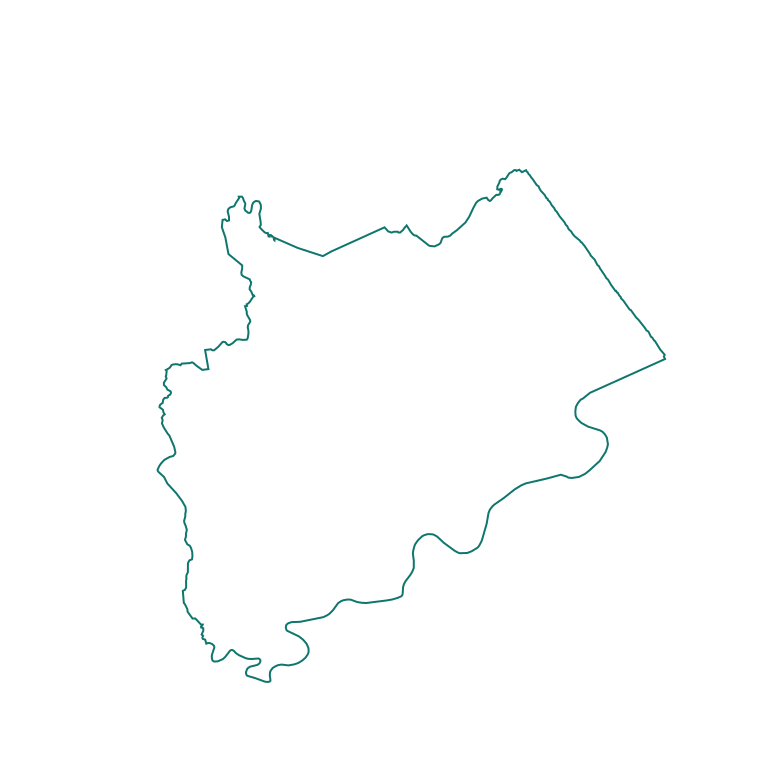 outline of Agua Dulce, Veracruz, Mexico, rotated 67°
{"feature_id": "50627088B60707698432893", "entity_name": "Agua Dulce", "entity_type": "district", "adm_level": 2, "iso_a3": "MEX", "parent_name": "Mexico", "parent_adm1": "Veracruz", "projection": "orthographic", "projection_center": [-94.163, 18.09], "detail": "fine", "context": "isolated", "style": "outline", "palette": "teal", "viewbox_px": 768, "rotation_deg": 67, "n_neighbors": 0, "source": "geoboundaries", "source_scale": "gbopen_adm2", "svg_char_len": 6141}
<svg xmlns="http://www.w3.org/2000/svg" viewBox="0 0 768 768"><g transform="rotate(67 384 384)"><path d="M472.6,197.8L470.8,115.5L468.2,115.7L466.7,114.2L460.1,116.3L450.3,117.8L449.7,118.3L445.9,119.0L445.3,119.6L444.1,119.9L440.0,120.0L438.8,120.3L437.3,121.4L433.5,122.1L423.8,124.8L421.4,125.9L412.4,127.9L411.5,128.8L400.8,131.1L397.9,132.3L396.5,132.1L394.3,132.9L391.3,133.2L391.0,133.7L388.9,134.0L388.8,134.6L381.7,136.2L375.5,137.0L373.1,138.1L371.2,138.2L362.0,140.0L359.6,140.1L357.7,141.1L351.9,141.5L346.6,143.5L344.7,143.6L335.5,145.4L330.9,146.7L330.2,147.4L328.6,147.6L322.5,150.8L319.6,151.7L316.7,152.1L313.8,153.5L310.0,153.7L308.7,154.4L305.5,154.7L298.3,156.8L292.8,157.7L291.1,158.5L288.5,158.6L285.2,159.7L280.8,160.2L278.9,161.2L277.4,161.0L276.3,161.9L272.8,162.2L267.5,164.1L264.9,164.5L262.4,164.5L260.5,165.7L253.0,167.2L251.4,167.8L248.6,168.2L247.5,168.8L245.2,169.1L244.4,169.6L242.7,169.7L242.9,174.3L239.6,175.8L239.6,178.8L238.8,178.9L238.0,180.4L238.9,183.9L238.9,186.2L241.9,190.6L242.8,192.5L241.4,194.5L241.4,196.3L242.0,197.9L243.9,199.3L246.4,202.4L247.5,202.9L249.0,203.7L249.9,202.6L250.0,200.0L250.4,199.5L251.2,199.4L251.6,199.9L251.9,201.4L252.6,201.0L253.9,203.0L254.4,203.3L254.6,204.0L254.5,205.5L253.9,206.1L253.8,206.9L255.6,211.8L256.6,213.5L256.9,215.1L255.2,216.2L252.6,216.7L251.7,221.1L252.2,225.8L253.2,228.4L257.2,233.4L263.4,240.3L267.2,246.0L270.9,256.8L272.2,262.5L273.3,265.1L273.3,267.6L272.0,271.1L272.2,272.6L273.1,273.9L276.2,276.8L276.9,278.6L277.1,283.6L275.0,287.5L274.0,288.6L260.1,296.2L259.1,297.9L257.5,298.9L254.6,299.9L246.9,301.2L248.7,304.9L249.6,306.1L250.9,310.0L250.2,311.6L249.2,311.8L247.7,315.5L247.6,317.8L245.2,320.5L240.0,322.3L241.4,380.5L242.4,390.3L225.1,410.2L206.8,427.5L209.0,428.7L208.6,428.9L206.0,428.4L204.2,429.1L204.2,429.7L202.9,429.8L202.2,431.1L203.6,431.8L203.0,432.6L199.5,432.0L199.2,433.4L197.8,434.6L193.3,436.5L190.8,437.2L189.4,435.2L186.1,434.1L178.7,432.3L174.5,428.8L171.0,427.4L167.3,427.6L165.5,430.2L165.5,431.5L165.9,433.4L167.8,435.5L172.8,438.6L173.9,440.0L174.0,440.9L173.3,442.1L170.2,443.9L167.8,443.9L164.8,441.7L163.3,441.1L161.2,441.4L157.6,441.2L156.0,441.6L154.8,444.5L156.2,444.7L159.4,449.6L161.3,451.8L161.8,452.9L161.3,456.1L161.7,457.9L162.4,459.3L164.1,460.5L169.4,461.3L172.9,462.7L172.6,464.9L170.3,466.0L169.9,468.5L176.3,472.0L187.3,472.8L203.6,476.4L219.4,468.2L222.4,469.5L225.5,471.7L227.9,472.4L230.1,471.3L235.2,466.7L236.5,466.9L238.4,466.5L240.9,468.1L242.2,469.6L244.4,470.7L246.8,470.1L250.8,470.1L251.4,469.2L252.5,469.1L252.7,470.6L255.8,475.2L256.8,477.5L257.0,479.3L258.6,479.6L258.1,481.5L264.0,482.1L265.4,482.8L267.0,483.0L272.8,482.3L274.3,482.7L276.8,486.2L278.6,487.3L281.6,487.9L284.5,489.0L288.6,491.6L289.6,493.0L288.2,496.8L286.3,499.9L285.5,502.4L287.3,507.4L287.7,510.5L287.4,512.0L285.8,513.2L284.5,513.3L283.4,513.9L282.4,515.3L282.3,516.4L285.0,522.0L286.6,527.3L285.9,528.8L284.4,529.8L282.8,535.4L301.7,539.8L300.0,545.8L293.5,549.7L290.0,551.3L289.0,552.4L288.9,554.5L286.2,562.3L287.2,564.0L285.1,566.5L284.2,568.5L283.5,571.2L283.6,572.3L284.6,573.6L285.5,575.6L285.9,579.4L287.2,579.0L291.1,581.2L291.6,581.9L294.0,582.0L296.8,586.1L298.9,587.0L302.0,585.7L304.5,585.6L307.2,583.4L308.3,583.3L309.3,583.9L310.2,585.0L310.5,587.3L311.6,587.9L311.9,589.0L311.1,591.4L312.2,593.4L314.9,595.1L315.5,597.7L315.9,598.5L316.8,599.3L317.8,599.7L321.2,597.6L324.4,598.1L326.2,597.7L326.8,599.7L328.3,601.8L329.9,601.7L331.3,602.2L333.5,603.8L338.0,603.7L345.3,602.5L347.6,601.7L359.9,601.7L365.3,602.7L366.5,603.4L367.9,606.2L367.4,609.8L368.0,615.8L370.1,620.4L371.7,622.9L374.4,625.9L375.3,626.2L376.9,625.9L383.7,622.8L391.0,622.3L403.0,618.0L412.6,615.6L419.5,614.8L423.5,616.0L425.8,617.6L428.3,618.7L431.9,621.5L433.9,622.0L437.2,622.0L441.2,622.5L444.5,624.8L447.0,625.9L449.7,628.1L454.7,627.7L456.9,626.0L459.6,625.7L463.8,626.2L468.1,627.8L470.4,629.3L470.3,632.0L472.3,634.5L480.7,638.1L482.5,640.3L484.7,641.6L486.0,641.8L487.2,642.8L494.1,645.7L495.7,647.7L495.8,650.0L507.3,653.8L509.0,653.3L514.6,653.0L516.8,653.8L525.1,651.9L526.1,649.3L533.8,646.5L534.6,644.9L535.5,645.9L535.9,647.3L536.9,647.4L538.2,645.8L540.6,646.8L543.4,649.8L545.0,648.9L546.5,650.3L547.8,650.4L549.4,648.5L553.6,649.0L553.6,647.3L554.5,645.5L556.2,643.8L558.5,642.8L560.1,643.0L565.5,647.7L567.2,648.9L570.1,649.8L571.8,649.8L573.1,648.8L574.3,645.5L574.3,639.9L573.2,636.8L569.4,630.1L569.2,628.6L569.4,627.8L570.9,626.5L573.8,625.5L576.9,623.5L582.4,618.4L584.0,616.2L585.4,613.4L587.5,607.1L588.0,606.4L589.4,605.7L590.8,606.0L592.0,607.1L592.7,608.3L593.1,610.5L591.9,617.5L592.2,619.8L592.9,621.4L595.3,623.6L596.5,624.1L598.5,624.2L599.3,623.7L604.3,617.6L611.4,610.0L612.9,607.4L613.2,605.6L613.0,604.8L612.4,604.3L607.4,602.9L604.7,601.5L603.8,600.6L601.9,597.4L601.4,593.9L601.4,591.4L602.2,588.0L605.7,581.9L607.0,576.3L607.3,572.0L606.7,567.7L605.4,563.5L603.3,560.1L601.4,558.2L598.5,557.0L597.0,556.7L592.7,556.8L587.7,558.4L583.0,561.0L573.4,569.5L572.2,569.9L569.7,569.5L567.8,568.3L567.4,567.6L566.8,565.6L567.1,562.0L570.1,554.3L574.9,531.0L574.7,526.7L574.2,524.0L572.4,519.6L567.8,511.9L567.1,508.3L567.2,505.8L568.1,501.9L569.5,498.9L574.3,493.8L576.9,489.6L578.7,485.8L584.2,466.4L585.6,460.5L586.2,455.1L586.2,451.1L585.5,449.7L584.2,448.7L578.4,445.8L576.0,443.8L573.9,441.2L570.0,434.3L567.9,431.4L565.0,428.5L558.3,425.6L551.4,423.7L548.8,422.2L544.9,419.2L543.3,417.4L541.0,413.6L539.0,408.2L538.9,405.8L539.3,402.3L541.1,398.5L542.1,397.1L545.2,394.7L553.5,391.0L565.0,384.2L568.2,381.7L569.4,380.3L572.1,373.3L572.2,368.4L571.2,361.8L570.2,359.8L567.4,356.3L565.7,354.6L552.6,344.0L543.7,338.3L541.1,335.7L539.0,332.1L538.1,329.5L535.7,318.1L532.1,305.1L530.9,297.3L530.9,292.2L534.7,270.8L536.6,256.7L540.5,252.1L542.2,250.9L543.9,247.8L545.7,240.9L545.3,234.1L544.0,229.3L539.2,215.6L533.2,206.6L530.0,203.6L527.0,201.4L520.4,199.8L516.7,200.3L513.4,201.5L511.1,203.3L503.1,212.7L497.0,217.5L493.9,218.9L490.9,220.0L488.0,220.0L484.0,218.6L479.9,216.2L477.2,212.8L475.3,209.2L475.1,206.5L472.6,197.8Z" fill="none" stroke="#0f766e" stroke-width="2"/></g></svg>